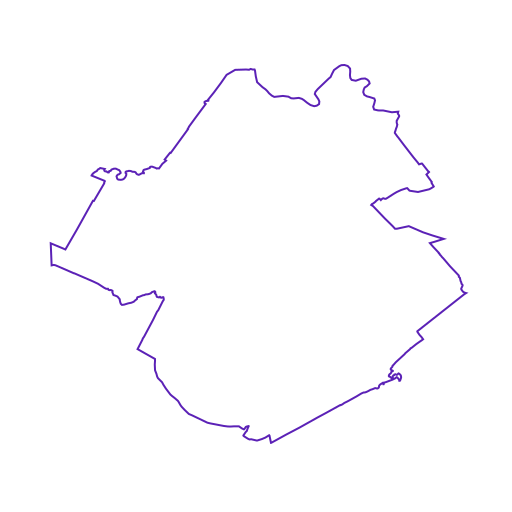 Vanatorii Mici, Giurgiu, Romania (Natural Earth projection), rotated 353°
{"feature_id": "2599482B21874534700145", "entity_name": "Vanatorii Mici", "entity_type": "district", "adm_level": 2, "iso_a3": "ROU", "parent_name": "Romania", "parent_adm1": "Giurgiu", "projection": "natural_earth1", "projection_center": [25.553, 44.495], "detail": "fine", "context": "isolated", "style": "outline", "palette": "violet", "viewbox_px": 512, "rotation_deg": 353, "n_neighbors": 0, "source": "geoboundaries", "source_scale": "gbopen_adm2", "svg_char_len": 6049}
<svg xmlns="http://www.w3.org/2000/svg" viewBox="0 0 512 512"><g transform="rotate(353 256 256)"><path d="M264.3,436.9L278.3,431.6L297.1,423.9L306.1,420.4L321.5,414.2L321.8,414.4L323.6,413.8L325.8,412.6L329.0,411.5L338.7,407.6L343.8,405.3L346.1,404.6L347.5,404.7L349.0,404.4L351.1,403.7L353.2,402.8L355.4,402.4L357.9,401.7L358.5,401.7L360.1,402.3L360.8,402.2L361.8,401.6L362.0,401.2L362.3,400.0L362.9,399.2L363.9,398.5L366.3,397.4L366.8,398.8L367.0,398.8L367.0,398.6L367.6,397.7L367.6,397.3L369.2,397.1L376.3,395.4L379.2,394.4L380.8,393.4L381.2,393.6L381.7,394.2L382.8,395.9L383.0,396.5L383.0,397.3L383.5,397.4L384.0,396.9L385.2,394.4L385.3,393.0L385.1,392.0L384.0,390.5L383.5,390.1L383.1,389.9L382.1,390.7L381.4,391.1L380.9,391.0L380.1,390.4L379.0,390.5L378.6,391.1L377.9,391.2L376.9,392.2L377.0,393.7L376.7,393.9L375.8,393.8L375.3,393.4L374.4,392.3L373.4,391.8L373.2,391.4L373.3,390.9L373.7,390.1L374.2,389.6L375.3,389.0L376.0,388.2L376.3,387.4L377.8,386.8L377.8,386.6L376.2,385.5L375.9,385.0L376.0,384.3L376.5,383.7L377.6,382.8L378.0,382.3L378.2,381.5L379.0,381.0L381.8,378.5L391.7,371.4L392.2,370.8L397.7,367.1L398.2,366.4L399.1,366.2L404.3,363.0L408.4,360.8L410.2,359.9L411.7,359.0L410.4,356.6L408.8,354.4L407.4,351.8L407.0,351.0L406.9,350.5L407.0,350.3L451.8,323.1L458.1,319.3L460.0,318.4L458.6,317.8L457.1,316.7L455.7,314.2L455.7,313.4L457.0,311.3L457.4,310.6L457.5,310.1L457.4,309.7L456.6,308.6L456.5,307.1L456.0,305.7L455.7,302.5L455.5,302.2L454.8,301.4L454.8,301.0L454.9,300.1L447.3,289.8L441.5,281.0L440.6,279.9L439.4,277.9L438.6,277.0L438.5,276.2L437.8,275.6L437.9,275.2L432.9,268.4L430.2,264.4L434.6,263.7L444.4,261.9L433.6,257.1L424.6,252.8L411.3,245.0L399.2,246.1L397.3,245.9L395.5,243.3L388.5,234.5L378.2,220.7L376.6,219.4L377.4,218.6L378.4,218.3L380.0,217.4L381.4,216.5L381.7,216.1L385.2,214.0L385.7,214.3L386.7,215.7L387.0,215.4L388.4,214.5L389.3,214.2L391.1,215.0L391.7,215.0L392.3,214.9L400.4,211.0L403.4,209.7L408.0,208.2L413.5,207.1L414.4,207.1L416.2,209.7L416.7,210.0L424.6,212.2L435.9,210.9L437.4,210.4L440.7,208.9L440.9,208.7L439.2,205.0L439.1,204.7L439.5,204.0L436.6,198.8L435.1,195.9L438.0,193.7L437.9,193.5L437.5,193.4L437.2,192.9L432.1,184.5L431.5,184.4L429.0,184.9L427.9,182.9L424.2,177.1L416.3,163.8L411.5,155.5L411.0,154.8L408.8,150.8L408.9,150.1L409.6,148.8L410.5,146.7L411.5,144.9L412.3,142.7L412.1,142.3L411.9,140.8L412.1,139.0L415.0,135.0L415.2,134.5L415.1,134.0L414.8,133.2L414.1,132.0L414.8,130.1L408.4,129.9L400.1,127.1L395.0,126.4L391.1,125.0L390.5,122.2L392.1,118.7L393.1,116.0L392.6,114.1L388.0,112.0L385.6,111.1L383.1,109.2L382.4,106.4L383.3,103.8L384.4,102.0L386.7,101.0L389.8,98.6L389.5,96.5L388.1,94.6L385.9,93.1L382.2,92.9L376.4,94.2L372.4,92.9L371.3,90.8L371.3,87.9L372.0,84.5L372.2,81.4L370.2,78.6L367.1,77.2L364.0,77.0L361.9,77.7L356.1,80.9L353.9,84.1L351.8,87.5L349.9,88.7L337.7,97.8L335.0,100.3L334.1,102.4L337.0,108.0L337.7,110.3L337.1,112.9L334.6,114.2L332.0,114.4L328.5,112.8L325.4,110.1L322.4,107.0L320.7,105.6L317.8,104.3L312.5,104.2L310.1,103.7L307.6,101.8L302.2,100.4L293.5,100.3L291.3,98.8L288.8,96.1L287.3,93.7L285.7,91.7L283.0,89.2L278.3,83.6L277.7,77.7L277.6,71.7L277.3,70.7L275.4,70.5L273.5,69.7L271.8,70.3L268.9,69.7L258.0,68.7L248.9,72.6L242.3,80.0L234.1,88.6L227.4,95.1L227.8,95.5L227.6,96.1L225.4,96.1L224.4,96.4L223.7,96.8L223.6,97.4L223.7,98.2L224.6,99.0L212.4,111.8L205.1,119.6L205.0,120.0L203.7,121.6L203.9,121.9L183.9,143.3L183.4,143.0L183.0,143.3L177.1,149.1L178.4,150.4L174.3,153.1L170.4,157.3L169.3,157.0L168.1,157.1L167.2,156.4L163.9,154.7L162.7,154.5L161.8,154.7L161.3,155.7L158.1,156.4L155.6,156.7L154.9,157.0L154.1,158.4L154.2,158.7L154.8,159.5L154.9,159.9L154.8,160.2L152.9,159.9L151.9,160.3L150.2,161.0L149.4,161.1L148.0,160.4L147.4,159.8L146.7,158.3L145.8,157.7L143.5,157.3L142.7,156.7L141.4,156.2L140.0,156.0L138.2,156.3L137.7,156.2L136.9,156.6L136.7,157.1L136.7,157.8L137.3,158.6L137.1,159.8L136.4,161.1L135.6,162.1L134.5,163.1L133.6,163.6L132.3,163.9L131.0,163.9L128.7,163.4L128.0,162.9L127.6,162.1L127.3,159.9L127.9,159.1L128.8,158.4L130.0,158.2L131.8,157.0L131.6,155.8L130.8,154.3L130.5,154.0L129.5,153.5L127.5,152.2L125.7,152.0L123.1,152.6L122.1,153.8L120.8,153.8L120.4,154.1L120.4,154.6L120.1,155.1L119.4,155.1L118.8,154.8L117.9,153.8L117.4,153.8L116.4,153.5L115.9,152.9L115.8,152.4L115.9,151.9L116.5,151.2L112.1,149.7L111.4,150.2L109.6,150.9L108.3,152.3L106.6,152.9L104.6,154.0L103.7,154.7L103.6,155.1L102.8,155.7L102.6,156.1L114.8,162.9L115.1,163.3L114.3,164.6L114.2,165.1L114.2,165.4L101.8,181.6L100.9,181.3L81.5,207.9L67.6,226.3L64.9,224.7L53.8,218.4L52.0,240.4L54.2,240.2L55.9,240.8L73.2,251.0L73.5,251.0L91.2,261.4L95.8,264.3L101.5,269.1L103.3,270.3L105.1,270.5L105.5,271.6L106.7,272.1L107.7,272.0L108.9,272.7L109.4,273.3L109.0,274.4L109.8,277.4L111.6,278.2L113.6,279.4L115.5,282.4L115.4,283.1L115.6,285.3L116.0,287.0L117.0,288.2L119.1,288.2L123.6,287.4L126.5,287.2L129.1,286.5L130.4,285.5L132.6,284.2L132.8,283.3L133.3,282.5L135.4,282.2L139.0,281.2L140.1,281.2L141.9,280.7L144.0,280.8L145.5,280.6L147.0,280.2L148.3,279.2L150.9,278.6L151.4,278.9L151.7,279.6L151.2,280.2L151.1,280.8L151.8,281.5L152.3,282.5L152.4,283.7L152.7,284.5L154.1,285.1L154.8,285.3L155.7,284.8L156.4,285.4L156.6,285.8L157.3,285.9L158.6,285.5L159.0,285.6L159.2,286.7L159.1,288.2L157.9,289.6L152.3,298.0L151.0,299.2L146.0,306.9L135.1,322.4L133.6,324.1L133.0,325.3L127.1,334.0L143.2,345.9L143.0,347.7L142.3,351.4L141.9,356.7L141.9,357.3L142.8,360.7L143.2,363.6L143.8,365.3L147.4,369.9L148.4,372.5L150.4,376.6L154.1,383.0L155.5,384.6L157.8,386.9L160.7,390.1L161.2,390.9L163.0,395.1L164.0,396.8L166.5,400.2L170.1,404.6L173.2,406.4L187.4,415.5L190.0,416.5L203.4,420.8L207.4,421.8L210.3,422.2L213.8,422.4L218.3,423.0L221.1,425.5L222.9,426.6L223.3,426.4L225.1,424.4L226.1,424.1L227.9,423.9L228.0,424.0L226.5,426.5L225.6,428.5L224.4,429.4L221.6,432.6L221.7,433.0L222.2,433.5L225.6,436.3L227.2,437.3L228.9,437.3L234.1,439.2L234.7,439.3L239.6,438.4L241.3,437.9L243.1,437.4L247.2,435.5L247.5,435.9L248.1,443.3L248.3,443.3L264.3,436.9Z" fill="none" stroke="#5b21b6" stroke-width="2"/></g></svg>